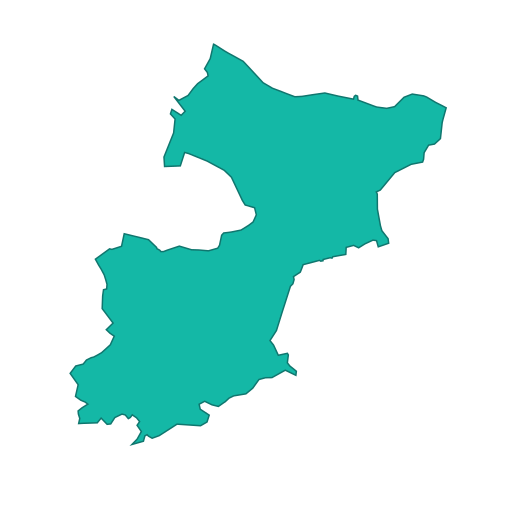 Al Hasahisa, Gezira, Sudan, rotated 98°
{"feature_id": "16777658B35693507625874", "entity_name": "Al Hasahisa", "entity_type": "district", "adm_level": 2, "iso_a3": "SDN", "parent_name": "Sudan", "parent_adm1": "Gezira", "projection": "albers", "projection_center": [32.94, 14.812], "detail": "fine", "context": "isolated", "style": "filled", "palette": "teal", "viewbox_px": 512, "rotation_deg": 98, "n_neighbors": 0, "source": "geoboundaries", "source_scale": "gbopen_adm2", "svg_char_len": 2810}
<svg xmlns="http://www.w3.org/2000/svg" viewBox="0 0 512 512"><g transform="rotate(98 256 256)"><path d="M52.1,327.3L52.1,327.5L66.9,328.8L73.2,331.2L77.8,333.0L81.0,329.7L84.3,328.5L92.4,336.7L93.5,337.8L98.8,341.4L106.5,345.6L112.6,354.0L109.5,359.6L122.5,346.3L127.1,349.7L122.5,359.7L127.2,360.5L131.6,355.2L145.6,354.7L170.8,360.9L180.1,359.0L178.2,348.4L177.3,343.5L163.4,341.1L163.9,337.0L168.8,317.6L175.5,299.5L181.4,291.3L202.9,277.2L207.0,273.8L208.4,264.1L215.2,261.4L222.7,263.6L226.7,267.6L232.4,274.4L235.6,283.5L236.4,286.2L237.7,291.2L240.2,292.9L250.4,293.6L253.6,295.0L257.5,303.8L258.0,313.4L258.8,320.7L256.9,333.3L262.5,344.6L264.5,348.2L264.9,350.8L263.7,352.1L263.2,353.3L262.6,355.1L261.3,355.7L254.8,364.7L252.3,389.6L265.1,390.5L269.5,399.6L269.3,402.0L281.5,414.6L286.6,410.8L290.6,407.5L295.8,403.7L300.4,401.5L304.8,399.6L309.4,399.3L310.6,402.3L316.9,402.3L329.5,401.0L342.3,388.2L349.8,394.0L352.9,389.7L355.1,385.2L364.2,387.9L373.2,395.4L376.1,399.1L378.7,402.7L379.6,405.0L382.6,409.4L387.1,412.1L390.0,419.2L398.1,423.7L408.2,414.2L420.2,415.2L423.2,409.4L424.4,404.9L426.1,401.9L430.6,407.2L434.2,410.6L437.2,409.9L441.4,407.9L446.6,408.3L445.7,403.8L443.3,390.0L438.1,386.8L443.4,380.0L442.5,376.5L435.6,373.3L431.2,366.7L431.6,363.3L434.8,359.8L433.4,358.0L430.5,356.4L431.2,355.1L432.8,351.8L436.2,348.2L440.2,350.2L445.8,345.1L453.9,348.2L459.9,352.6L455.1,341.7L449.6,341.0L448.1,339.0L449.3,337.5L450.9,333.5L447.4,326.9L433.5,310.8L431.8,287.3L427.2,281.4L420.1,280.2L415.5,289.9L410.7,291.7L407.0,286.6L409.5,278.9L410.2,272.3L405.6,267.4L404.6,266.2L400.5,262.9L397.6,258.6L393.9,246.8L387.3,240.8L377.9,235.9L375.2,229.6L374.2,223.3L365.0,211.1L368.6,199.9L364.5,200.0L360.2,207.2L357.4,210.1L349.5,210.2L348.0,211.4L351.2,220.1L341.8,226.2L337.8,230.4L327.0,225.4L307.4,222.2L299.3,220.8L281.2,217.7L278.4,215.6L274.1,215.0L271.2,216.0L265.8,209.9L263.0,209.2L258.0,208.1L251.5,192.6L252.1,191.2L251.4,189.0L250.1,189.0L247.4,182.4L247.5,180.4L246.0,179.8L241.9,167.3L234.9,167.9L231.9,160.8L233.6,155.5L228.8,149.8L224.0,142.4L224.0,138.8L229.9,136.2L224.9,126.4L220.5,127.6L213.4,134.9L208.7,137.0L192.7,142.3L177.9,144.5L175.8,145.8L173.4,142.1L154.1,130.2L143.6,115.1L139.8,104.1L136.9,103.5L130.3,103.9L122.2,100.5L120.3,94.8L114.1,89.7L98.0,90.2L94.9,89.9L82.8,88.3L82.3,89.7L81.1,93.0L78.9,99.5L74.9,109.0L74.1,112.2L73.9,123.8L78.2,131.5L88.8,139.5L91.6,147.1L91.7,157.2L91.0,160.7L87.4,176.7L83.5,177.7L83.0,179.7L84.2,180.9L87.1,181.3L86.2,197.2L85.0,210.5L88.1,221.3L91.5,232.5L92.2,236.0L92.9,239.7L91.0,248.2L89.8,253.2L87.6,263.0L83.4,273.2L79.6,277.8L71.2,288.1L65.0,295.8L63.1,300.8L59.0,311.6L57.2,316.0L52.8,325.6L52.8,325.8L52.5,326.4L52.5,326.6L52.4,326.8L52.3,327.0L52.1,327.3Z" fill="#14b8a6" stroke="#0f766e" stroke-width="1.5"/></g></svg>